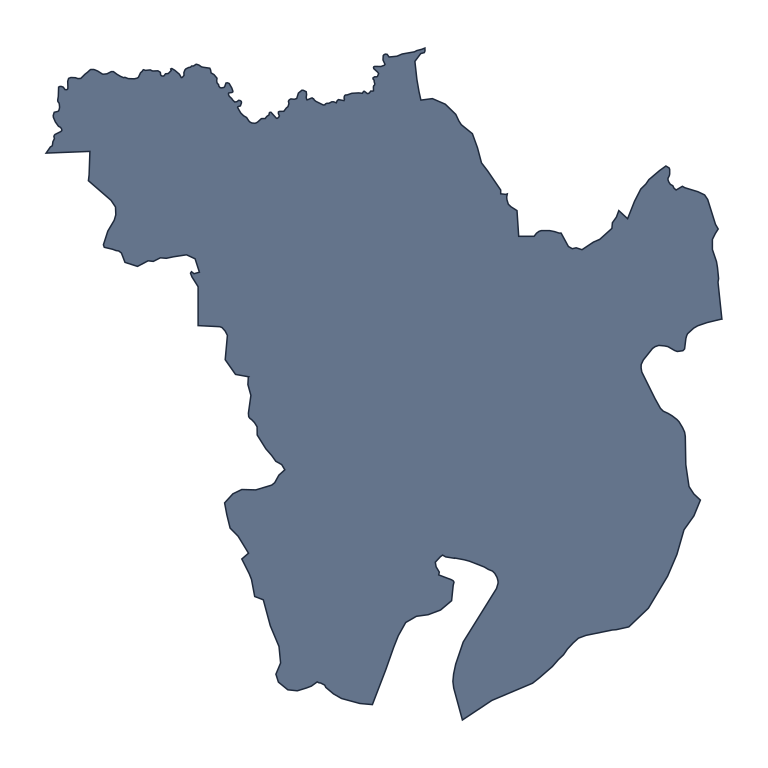 the district of Wusab Al Aali, Dhamar, Yemen
{"feature_id": "15242507B81137292307075", "entity_name": "Wusab Al Aali", "entity_type": "district", "adm_level": 2, "iso_a3": "YEM", "parent_name": "Yemen", "parent_adm1": "Dhamar", "projection": "mercator", "projection_center": [43.763, 14.333], "detail": "fine", "context": "isolated", "style": "filled", "palette": "slate", "viewbox_px": 768, "rotation_deg": 0, "n_neighbors": 0, "source": "geoboundaries", "source_scale": "gbopen_adm2", "svg_char_len": 5904}
<svg xmlns="http://www.w3.org/2000/svg" viewBox="0 0 768 768"><path d="M462.4,720.0L491.9,700.4L532.6,683.2L539.4,677.8L552.4,666.5L558.4,659.6L563.5,654.8L567.4,649.1L573.1,643.0L578.4,638.2L585.9,635.4L612.2,630.0L616.2,629.7L628.8,626.9L648.4,608.2L667.6,576.2L676.9,554.5L684.0,529.8L693.9,515.9L700.4,500.1L693.8,493.9L689.0,486.5L685.8,464.6L685.3,436.4L684.6,432.1L682.5,427.5L679.0,421.7L676.8,419.4L672.1,415.8L668.1,413.4L663.3,411.2L660.4,408.3L655.0,398.6L641.8,372.0L641.1,367.8L641.2,364.5L643.3,360.0L652.5,348.5L655.2,346.6L658.8,345.4L664.4,345.9L667.9,346.6L674.6,350.5L677.3,351.5L682.9,350.7L684.6,348.9L685.9,338.4L686.7,335.6L687.6,333.7L693.6,328.2L697.7,325.8L707.0,322.6L721.0,319.2L721.9,319.2L718.0,282.1L718.6,278.7L717.5,267.6L716.5,261.6L712.4,249.5L712.4,239.4L715.4,233.4L718.2,229.0L715.5,224.4L707.7,199.5L704.6,194.9L697.9,191.7L684.8,187.7L682.4,186.3L676.1,190.0L674.0,188.2L672.8,185.7L670.4,184.4L668.9,182.2L668.0,179.9L668.0,178.3L669.3,175.7L669.7,174.0L669.7,169.5L669.2,168.0L665.9,166.0L659.5,170.6L648.9,179.6L645.9,184.0L640.8,189.0L634.5,201.3L627.6,218.7L618.8,210.6L616.4,217.1L612.4,222.7L611.9,228.4L599.8,239.3L593.4,242.1L582.0,249.7L576.2,247.8L572.3,248.7L568.4,246.5L561.1,233.1L559.1,233.1L554.6,231.6L549.6,230.6L541.4,230.6L539.1,231.3L536.5,233.2L534.1,236.3L518.7,236.3L517.0,210.6L511.0,206.8L508.3,204.2L506.9,199.6L506.7,197.0L507.3,193.9L505.8,194.4L500.7,193.8L500.7,190.0L487.5,170.7L481.5,162.9L477.5,147.8L472.4,133.7L461.3,124.7L458.9,121.0L455.8,114.4L445.3,104.2L432.4,98.6L420.9,100.1L419.0,91.6L416.9,79.5L414.9,61.4L420.7,53.6L424.3,52.6L425.0,50.9L424.9,48.0L422.1,49.2L416.7,50.6L414.5,51.8L402.1,54.0L397.0,56.2L389.1,57.0L387.1,54.3L385.3,54.1L384.0,54.7L383.2,55.7L383.0,60.0L385.0,64.3L384.4,65.2L381.0,66.5L374.7,66.4L373.8,66.8L373.5,67.6L373.8,68.7L377.7,72.2L378.6,73.6L377.5,76.3L376.8,76.8L374.6,76.8L373.0,77.9L373.0,78.9L374.2,80.4L374.2,81.8L374.8,83.8L374.5,85.1L373.7,85.8L373.4,86.9L373.5,90.8L372.7,91.1L370.7,91.1L369.4,92.9L368.0,93.6L367.2,93.5L364.4,91.3L363.6,91.4L362.3,93.3L358.7,92.9L351.8,93.3L347.2,94.9L345.4,95.0L344.7,95.6L344.2,96.8L344.1,98.4L344.5,99.1L344.0,100.6L338.4,99.6L337.1,100.8L336.3,102.8L333.6,101.8L331.8,101.8L328.9,103.3L326.8,103.3L325.5,103.9L324.9,104.8L323.3,105.0L315.8,101.3L314.3,100.0L313.5,98.7L312.8,98.6L312.4,98.0L311.6,98.0L307.5,99.8L306.8,99.8L306.2,97.4L306.6,94.5L306.2,91.7L303.3,90.3L301.9,90.2L298.4,93.1L296.7,98.5L294.3,99.3L290.9,98.9L289.3,99.8L288.4,101.2L288.9,103.6L288.0,106.6L286.3,108.0L283.8,111.3L279.3,111.4L278.4,112.0L278.4,113.7L279.4,115.9L278.6,117.3L277.4,118.3L276.5,118.3L276.0,117.8L271.0,112.3L270.0,112.3L269.3,112.9L269.0,114.9L266.7,116.5L265.2,118.5L261.4,118.6L257.8,121.9L256.6,122.7L255.0,123.3L251.9,123.0L250.2,122.2L248.8,120.9L246.6,117.5L243.3,115.6L243.9,115.7L243.3,115.5L240.7,112.9L237.6,107.5L237.7,106.9L238.4,106.5L240.4,105.9L241.5,102.8L241.3,101.4L240.0,100.5L238.7,100.3L236.9,101.7L234.7,102.0L232.4,99.7L231.8,98.6L229.3,96.3L228.6,94.9L228.5,93.3L228.9,92.9L231.9,92.5L232.8,91.9L232.9,91.2L231.8,88.0L229.2,83.5L227.5,82.8L226.0,83.0L224.7,86.6L224.0,87.4L221.7,87.9L220.2,87.7L218.9,86.3L218.6,84.7L217.0,82.8L216.7,80.7L217.0,78.2L214.0,74.6L211.1,72.9L210.6,70.0L209.8,68.2L202.9,67.2L201.4,66.8L199.0,65.1L196.7,64.3L196.0,64.3L193.5,66.0L191.6,66.0L190.5,67.2L188.6,67.5L185.8,68.9L185.0,69.8L183.9,72.5L184.0,75.4L182.3,77.4L181.3,77.6L179.4,74.2L174.8,70.3L171.8,68.5L170.7,69.0L171.2,70.5L168.3,73.5L165.5,73.8L164.1,75.7L163.2,76.1L162.0,76.0L161.1,75.5L160.5,74.4L160.5,72.9L160.2,72.2L157.9,70.8L153.5,71.0L152.3,70.9L150.3,69.9L145.4,70.4L143.6,69.7L142.9,70.1L142.3,71.2L140.5,72.8L138.4,77.3L137.2,78.1L134.3,78.8L128.2,78.6L124.9,77.3L123.7,77.7L120.6,76.4L117.0,74.3L113.4,71.6L111.3,71.6L107.0,73.8L103.6,74.2L102.5,74.1L97.8,71.1L95.0,69.9L93.8,69.5L91.7,69.5L90.7,69.5L89.8,70.1L87.6,72.2L85.0,74.2L80.8,78.4L77.9,78.6L75.4,77.7L70.9,77.5L68.6,78.4L67.7,81.3L67.9,87.0L67.8,88.7L67.4,89.3L66.8,89.7L65.0,89.6L63.3,87.2L61.6,86.5L60.0,86.4L58.6,87.1L58.3,96.5L57.7,100.1L57.9,101.6L59.1,103.2L59.3,104.2L59.6,107.2L59.2,109.4L58.5,111.0L57.8,111.4L54.2,112.3L53.2,115.6L53.4,117.4L55.4,122.0L58.5,126.3L60.4,127.3L61.1,128.2L61.7,129.2L61.8,130.6L60.7,131.6L55.1,134.4L54.3,135.3L53.9,136.4L54.4,138.7L52.9,141.7L52.4,145.2L52.0,146.0L50.4,146.9L46.1,153.1L89.9,151.4L89.1,174.9L88.4,180.7L111.0,200.3L115.5,207.0L115.8,214.8L114.2,220.3L107.8,231.1L103.4,244.8L104.3,247.3L112.7,249.3L116.1,250.6L118.6,250.9L121.4,253.0L125.0,262.4L137.5,266.4L148.1,260.8L153.3,261.4L160.4,257.8L166.3,258.3L173.4,256.8L186.5,254.8L195.1,258.8L199.4,272.2L194.0,273.7L191.5,271.7L190.5,273.2L192.0,277.0L198.1,286.7L198.1,325.6L219.9,326.7L222.1,327.6L225.2,331.1L227.4,335.4L225.2,359.7L235.5,374.4L248.7,376.8L248.3,377.2L247.9,384.6L250.9,395.4L248.4,413.2L248.7,416.7L249.9,418.4L251.6,419.6L254.5,422.6L257.1,426.8L257.2,435.0L265.9,448.9L271.6,455.4L275.8,461.3L281.7,464.6L284.8,469.8L278.9,475.1L274.7,482.7L271.7,485.1L255.8,489.9L241.8,489.5L232.9,493.8L224.6,502.9L226.8,514.6L230.1,528.1L238.1,536.2L248.5,553.2L241.8,559.0L249.3,573.9L251.5,579.5L254.7,596.5L263.3,599.8L270.3,625.8L279.0,646.5L280.6,663.0L275.9,674.2L278.4,682.1L287.8,689.8L297.3,690.8L306.4,688.0L311.4,686.1L317.2,681.9L318.9,682.8L320.6,683.0L324.7,685.1L325.8,687.4L333.5,693.9L341.5,698.5L359.9,703.5L372.4,704.6L385.8,669.7L393.7,647.3L398.3,635.7L405.7,622.5L416.4,616.3L428.2,614.7L440.6,610.0L451.6,600.7L453.2,585.3L454.0,582.2L453.3,580.9L451.6,579.8L438.7,574.9L439.3,572.1L436.1,566.8L435.3,562.2L440.4,556.7L442.6,555.1L445.7,556.9L454.6,558.3L454.7,558.0L464.3,559.8L469.5,561.2L484.3,567.0L488.3,569.4L492.5,571.1L494.8,573.4L497.1,577.5L498.0,581.0L498.1,583.1L496.5,588.5L463.2,642.0L455.7,664.1L453.6,674.0L452.9,681.4L453.7,688.0L462.4,720.0Z" fill="#64748b" stroke="#1e293b" stroke-width="1.5"/></svg>